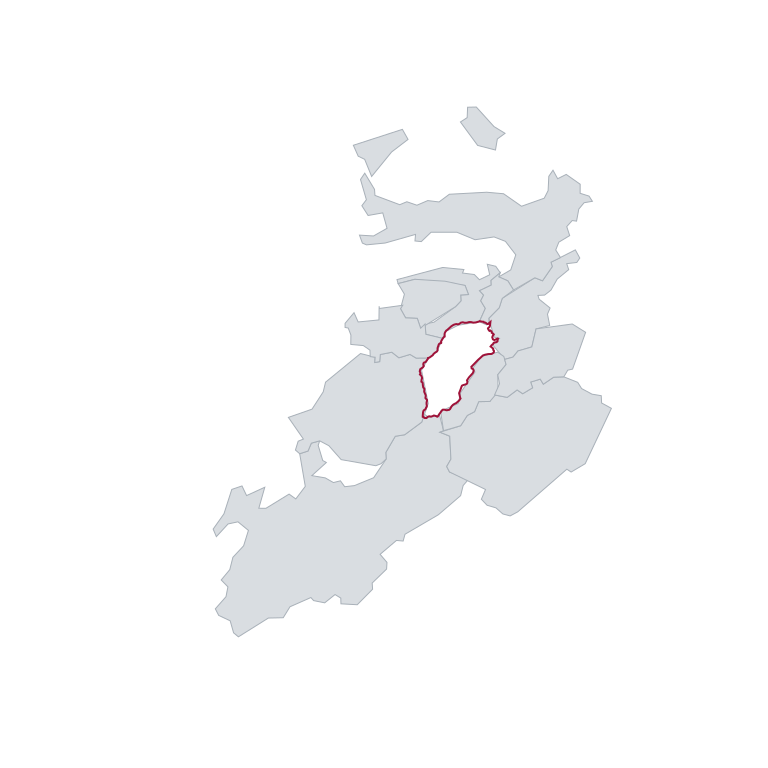 map of Hungary with Ukraine, Poland, Austria and 8 others greyed out, rotated 137°
{"feature_id": "HUN", "entity_name": "Hungary", "entity_type": "country or territory", "adm_level": 0, "iso_a3": "HUN", "parent_name": "Europe", "parent_adm1": "", "projection": "natural_earth1", "projection_center": [19.424, 47.153], "detail": "fine", "context": "with_neighbors", "style": "outline", "palette": "rose", "viewbox_px": 768, "rotation_deg": 137, "n_neighbors": 11, "source": "natural_earth", "source_scale": "50m", "svg_char_len": 8050}
<svg xmlns="http://www.w3.org/2000/svg" viewBox="0 0 768 768"><g transform="rotate(137 384 384)"><path d="M584.8,382.8L593.5,388.0L610.7,386.7L607.9,394.4L589.6,398.2L567.2,410.7L557.4,406.3L560.6,396.1L541.6,389.8L560.3,378.5L555.1,373.6L528.5,368.2L526.9,360.1L511.4,362.8L493.2,390.5L485.3,386.8L477.5,390.3L469.8,386.3L474.0,384.0L481.0,369.8L479.7,365.9L499.3,366.2L491.0,355.4L488.2,346.4L481.9,342.9L482.8,335.7L475.0,329.9L455.5,322.5L433.5,327.7L429.4,332.7L411.4,338.1L403.5,332.8L382.4,330.4L375.2,335.0L374.0,329.2L364.6,323.4L372.3,309.3L376.0,310.6L371.5,301.0L386.3,283.4L394.4,280.9L396.1,275.0L387.4,256.6L395.3,255.8L404.1,250.1L433.4,251.3L471.1,259.8L477.1,256.1L481.6,261.1L503.0,262.1L503.5,251.5L508.3,246.9L528.4,246.5L532.3,241.7L554.1,240.8L565.4,252.6L561.6,256.9L563.4,263.4L576.6,264.4L583.2,273.6L583.1,277.7L604.7,285.2L617.1,281.8L628.2,291.7L662.9,298.4L663.7,304.6L658.0,315.7L662.7,327.5L660.7,334.6L644.6,336.2L636.5,342.1L636.7,351.7L623.4,353.4L612.7,360.3L597.0,361.4L583.0,369.4L584.8,382.8Z" fill="#d9dde1" stroke="#a8b0b8" stroke-width="1"/><path d="M385.7,207.9L386.6,217.1L391.3,225.0L391.4,233.3L381.7,237.6L396.1,275.0L394.4,280.9L386.3,283.4L371.5,301.0L376.0,310.6L356.4,301.2L344.5,304.2L336.6,302.0L326.8,306.5L318.4,299.0L311.6,301.9L303.0,290.2L290.7,288.9L289.2,282.3L277.9,279.9L275.4,285.4L266.4,281.0L267.6,275.2L255.3,273.3L247.6,266.6L241.2,253.1L242.6,245.9L238.8,234.7L233.1,227.3L237.8,221.7L234.3,211.1L291.2,188.5L307.2,192.0L308.4,197.0L373.4,199.3L381.7,201.5L385.7,207.9Z" fill="#d9dde1" stroke="#a8b0b8" stroke-width="1"/><path d="M279.0,319.7L277.8,338.5L268.4,338.6L271.5,343.2L262.5,360.6L247.7,361.2L239.1,366.0L201.2,358.8L197.7,351.4L180.9,355.1L178.8,359.2L152.6,351.6L154.9,342.6L160.1,341.4L168.3,347.4L170.9,341.7L185.7,342.6L197.9,338.8L205.9,339.5L211.0,343.8L212.7,340.2L210.7,326.3L216.8,323.6L222.9,313.8L235.2,320.6L250.6,310.3L263.5,316.8L271.3,315.7L279.0,319.7Z" fill="#d9dde1" stroke="#a8b0b8" stroke-width="1"/><path d="M469.8,386.3L477.5,390.3L485.3,386.8L493.2,390.5L493.8,396.1L485.8,400.7L480.5,398.7L476.7,424.8L453.8,414.7L433.8,419.7L425.5,425.2L380.4,422.3L372.2,409.6L376.1,406.0L371.9,403.3L366.6,408.1L356.6,401.9L355.2,393.0L344.8,387.9L342.8,381.0L333.6,372.6L347.1,368.5L365.0,339.5L382.4,330.4L403.5,332.8L411.4,338.1L429.4,332.7L433.5,327.7L440.5,327.7L445.7,329.8L466.9,357.9L466.4,376.5L469.8,386.3Z" fill="#d9dde1" stroke="#a8b0b8" stroke-width="1"/><path d="M271.8,364.5L289.7,376.4L303.7,380.5L310.0,377.3L319.5,391.8L313.0,399.9L305.3,395.1L278.9,391.8L271.0,392.3L267.2,396.8L261.2,391.8L257.5,400.8L290.0,439.5L305.2,447.8L303.3,451.5L261.6,429.2L247.5,413.2L250.9,411.6L243.3,402.5L243.1,395.2L232.2,391.8L226.8,401.1L222.0,393.9L223.1,386.1L235.0,386.8L238.1,383.2L250.5,387.1L250.5,381.1L256.5,378.9L258.3,370.2L271.8,364.5Z" fill="#d9dde1" stroke="#a8b0b8" stroke-width="1"/><path d="M168.7,356.1L178.8,359.2L180.9,355.1L197.7,351.4L201.2,358.8L225.2,364.4L223.1,375.0L227.0,384.1L213.5,381.0L199.5,388.6L197.9,405.5L203.2,416.5L219.0,427.4L227.2,445.3L246.1,462.9L259.6,462.7L263.8,467.5L258.9,471.9L287.0,486.3L301.9,497.7L303.7,501.8L300.4,509.6L290.7,499.4L275.6,495.8L268.2,510.0L280.7,518.1L278.6,529.5L271.2,530.8L261.7,549.6L254.3,551.3L258.2,532.8L262.0,528.1L250.2,504.4L243.0,501.7L238.0,492.3L226.9,488.3L219.6,479.6L206.8,478.2L178.1,454.2L166.8,441.6L162.2,420.2L140.1,410.6L132.1,413.5L121.8,423.5L114.6,425.1L117.0,415.7L107.8,413.0L104.3,396.3L110.5,389.7L105.9,381.6L107.0,375.5L114.0,380.1L122.2,379.1L132.1,371.8L134.9,375.2L143.0,374.5L147.0,365.9L159.4,368.5L167.0,364.9L168.7,356.1ZM220.2,548.5L251.5,544.2L244.9,561.5L247.5,568.2L243.6,579.5L196.9,557.7L199.6,546.5L220.2,548.5ZM134.0,485.9L142.9,479.1L152.8,494.6L149.4,523.5L141.5,522.1L134.1,529.4L127.6,523.6L128.0,497.2L124.5,484.8L134.0,485.9Z" fill="#d9dde1" stroke="#a8b0b8" stroke-width="1"/><path d="M225.2,364.4L239.1,366.0L247.7,361.2L262.5,360.6L265.8,357.0L268.6,357.2L271.8,364.5L258.3,370.2L256.5,378.9L250.5,381.1L250.5,387.1L238.1,383.2L235.0,386.8L223.1,386.1L227.0,384.1L223.1,375.0L225.2,364.4Z" fill="#d9dde1" stroke="#a8b0b8" stroke-width="1"/><path d="M372.3,309.3L361.1,325.6L343.1,319.1L333.7,325.5L309.3,330.7L307.9,335.0L293.8,337.6L279.2,329.8L277.6,322.4L281.4,315.0L294.5,313.2L305.7,300.6L318.4,299.0L326.8,306.5L336.6,302.0L344.5,304.2L356.4,301.2L372.3,309.3Z" fill="#d9dde1" stroke="#a8b0b8" stroke-width="1"/><path d="M247.6,266.6L255.3,273.3L267.6,275.2L266.4,281.0L275.4,285.4L277.9,279.9L289.2,282.3L290.7,288.9L303.0,290.2L310.6,300.6L299.3,305.4L294.5,313.2L281.4,315.0L279.0,319.7L271.3,315.7L263.5,316.8L250.6,310.3L235.2,320.6L205.4,299.5L201.3,284.3L235.9,266.3L240.2,268.8L247.6,266.6Z" fill="#d9dde1" stroke="#a8b0b8" stroke-width="1"/><path d="M305.2,447.8L290.0,439.5L269.3,417.6L257.5,400.8L261.2,391.8L267.2,396.8L271.0,392.3L278.9,391.8L319.2,399.8L314.9,409.3L323.1,417.6L320.6,427.8L307.8,435.8L305.2,447.8Z" fill="#d9dde1" stroke="#a8b0b8" stroke-width="1"/><path d="M310.0,377.3L323.0,371.6L333.6,372.6L342.8,381.0L344.8,387.9L355.2,393.0L356.6,401.9L366.6,408.1L371.9,403.3L376.1,406.0L372.2,409.6L375.4,413.4L371.2,418.3L372.9,426.2L381.3,435.6L374.8,442.4L372.0,449.3L373.9,451.9L371.1,454.9L357.3,456.6L360.6,447.0L344.0,434.3L334.5,444.2L335.9,442.4L316.6,428.8L320.6,427.8L323.1,417.6L314.9,409.3L319.2,399.8L313.0,399.9L319.5,391.8L310.0,377.3Z" fill="#d9dde1" stroke="#a8b0b8" stroke-width="1"/><path d="M365.4,323.8L367.0,323.6L367.4,323.8L367.7,324.8L368.1,325.5L368.5,326.3L369.1,327.0L370.3,327.3L371.9,328.1L373.0,329.6L374.6,330.2L375.0,330.2L376.1,330.1L376.4,330.4L377.3,331.2L377.6,331.8L377.5,332.5L377.6,333.3L378.0,333.6L377.6,334.1L374.7,336.7L373.5,337.4L372.8,337.6L371.6,337.3L370.3,337.5L369.2,338.1L368.2,338.3L367.5,338.9L366.5,340.4L365.3,341.6L364.0,342.4L363.4,343.0L363.3,345.4L362.7,346.0L361.7,346.7L361.2,347.3L359.9,350.9L358.8,352.0L357.8,352.9L357.6,353.7L357.7,354.6L356.5,356.5L355.0,358.4L354.8,359.1L355.1,360.2L353.7,361.4L352.8,362.0L352.1,362.3L351.7,363.0L351.0,364.9L351.2,365.7L351.2,366.5L350.0,366.9L349.6,367.7L349.3,368.8L348.8,369.2L347.4,370.1L344.0,369.7L342.7,370.0L342.3,370.6L342.3,371.1L341.8,371.6L341.1,372.2L340.3,372.4L338.5,371.7L334.6,372.5L334.0,373.0L333.4,372.6L332.6,372.3L328.7,371.8L327.2,372.2L325.2,372.1L323.3,371.7L321.9,372.0L320.7,373.4L320.1,373.9L319.6,374.2L318.5,374.7L317.6,375.3L316.5,375.7L315.4,375.6L314.4,375.0L314.0,375.1L313.7,375.7L313.2,376.2L311.7,376.8L311.3,376.8L311.2,376.8L310.1,377.2L308.2,377.5L307.3,377.3L305.5,379.3L305.0,379.7L303.4,380.3L302.0,380.6L300.9,380.4L300.4,380.4L295.3,380.3L292.7,379.8L291.0,379.0L289.9,378.2L289.3,377.2L288.0,376.6L285.9,376.4L284.3,375.4L283.2,373.7L281.6,372.3L279.6,371.3L278.1,369.9L276.9,368.0L274.9,366.4L271.9,364.9L271.0,364.6L270.8,364.1L269.4,362.3L268.7,361.6L268.8,360.7L268.5,360.2L268.0,359.8L267.7,358.5L267.6,357.5L267.1,356.9L263.9,356.8L266.7,354.4L268.0,353.8L269.6,353.9L270.1,353.7L270.2,353.4L270.5,352.6L270.6,351.9L270.7,351.2L270.6,350.8L269.8,350.7L269.5,349.1L269.9,348.4L270.3,348.0L269.8,346.0L270.0,345.3L271.2,345.2L272.2,344.8L273.0,344.3L273.3,343.6L273.9,342.4L273.3,340.8L269.9,339.8L269.7,339.4L270.5,339.0L271.4,338.3L271.9,337.8L272.6,337.8L273.5,338.0L275.2,339.2L275.8,339.3L276.4,339.0L277.1,338.9L279.0,339.0L280.5,338.7L280.2,337.5L280.2,336.6L280.0,335.9L280.1,335.2L280.8,334.6L281.0,333.2L282.0,332.3L282.4,332.2L284.1,332.4L284.5,332.6L284.8,332.6L287.5,334.9L290.1,336.5L292.2,337.4L295.3,337.4L298.7,337.5L304.2,337.2L308.4,337.0L308.6,336.6L309.3,335.6L308.8,334.7L308.8,333.7L309.5,332.4L311.6,331.4L317.4,330.9L320.8,330.1L321.3,329.0L322.5,327.9L323.5,327.7L324.9,328.2L326.6,329.1L328.1,329.6L328.9,329.3L331.9,327.7L335.3,326.1L337.7,321.9L337.9,321.2L340.5,320.7L344.2,320.8L346.1,321.4L347.6,321.7L349.7,321.6L352.8,320.6L354.0,320.7L354.9,321.3L355.9,321.9L356.5,322.6L357.0,323.5L357.3,323.9L357.7,324.4L358.5,325.1L359.3,325.2L365.0,324.1L365.4,323.8Z" fill="none" stroke="#9f1239" stroke-width="2"/></g></svg>